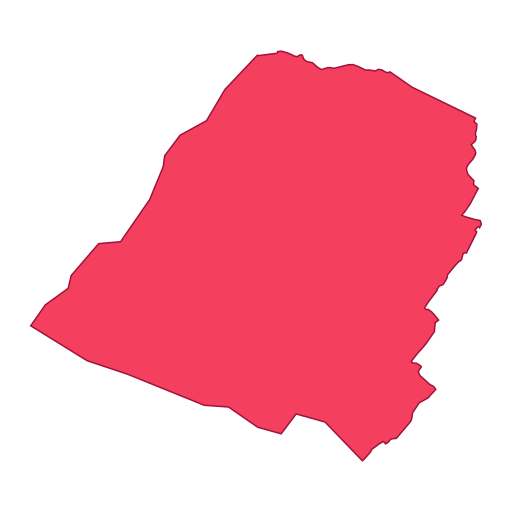 Hampshire, West Virginia, United States of America (Mercator projection)
{"feature_id": "52423323B8866433924767", "entity_name": "Hampshire", "entity_type": "district", "adm_level": 2, "iso_a3": "USA", "parent_name": "United States of America", "parent_adm1": "West Virginia", "projection": "mercator", "projection_center": [-78.488, 39.314], "detail": "fine", "context": "isolated", "style": "filled", "palette": "rose", "viewbox_px": 512, "rotation_deg": 0, "n_neighbors": 0, "source": "geoboundaries", "source_scale": "gbopen_adm2", "svg_char_len": 2004}
<svg xmlns="http://www.w3.org/2000/svg" viewBox="0 0 512 512"><path d="M257.4,55.2L225.0,89.4L206.5,120.7L180.1,135.2L164.7,155.7L163.2,166.8L149.7,199.5L120.6,241.7L98.7,243.6L71.2,275.5L68.2,288.3L45.3,304.9L30.7,325.8L87.1,360.7L127.5,374.2L204.3,405.3L228.5,407.0L257.8,427.3L281.2,433.8L296.1,414.0L325.0,422.0L362.4,460.8L365.0,458.3L370.9,451.5L371.5,449.6L379.1,443.9L383.2,441.6L384.0,442.0L385.4,443.8L386.9,443.2L389.0,441.4L389.5,440.4L391.5,438.9L396.3,438.4L410.7,421.4L411.8,418.4L412.6,412.8L419.2,402.8L428.6,397.6L429.5,396.1L435.8,389.4L433.5,386.3L430.0,384.6L419.9,375.5L418.2,371.5L421.3,367.0L420.9,366.0L416.7,363.3L412.6,362.9L411.2,361.7L412.3,360.1L415.8,355.6L416.5,354.7L417.4,353.5L418.7,352.1L421.5,349.0L425.8,344.0L434.4,331.6L434.9,325.4L435.4,322.5L438.6,320.1L438.5,319.8L432.0,312.2L428.1,309.3L427.0,309.6L425.3,309.0L424.7,307.7L428.4,301.9L436.4,291.4L437.1,290.2L436.8,289.8L439.3,286.1L443.0,284.6L446.3,279.5L447.4,276.9L447.3,275.1L448.3,273.8L456.1,264.4L458.3,262.1L461.4,259.9L463.2,253.4L465.4,252.7L466.5,253.0L467.2,251.4L476.1,233.6L476.7,231.8L475.2,230.3L475.3,229.7L478.0,226.7L478.8,226.6L479.6,227.7L481.1,224.9L481.3,223.8L480.2,220.5L474.4,219.4L464.9,216.6L461.7,215.2L464.6,212.0L470.1,204.0L478.3,188.4L473.5,184.7L473.9,180.7L467.9,174.4L466.5,170.0L466.9,166.8L468.9,163.7L472.6,159.5L474.7,156.0L475.8,153.1L475.0,150.1L471.2,144.7L475.1,141.3L475.9,139.4L476.3,136.7L475.4,134.8L475.7,132.1L476.5,129.5L476.9,124.1L473.9,121.6L475.6,118.1L411.9,87.1L390.1,71.9L388.3,72.5L386.2,72.4L381.7,69.9L379.3,69.4L378.1,69.5L375.3,71.0L368.8,69.9L365.8,70.2L358.5,66.6L353.0,64.6L348.5,64.7L335.3,68.0L332.8,68.3L331.0,67.7L327.9,67.6L321.7,69.5L321.0,69.2L320.3,69.0L317.0,66.8L312.6,62.8L306.9,61.6L306.7,61.5L304.3,59.7L303.3,58.2L302.6,55.8L302.1,55.1L300.9,54.8L299.4,55.2L297.4,56.7L293.7,55.9L292.9,55.2L287.6,52.9L281.6,51.2L277.7,51.5L277.6,52.7L276.1,53.4L258.4,55.6L257.4,55.2Z" fill="#f43f5e" stroke="#9f1239" stroke-width="1.5"/></svg>